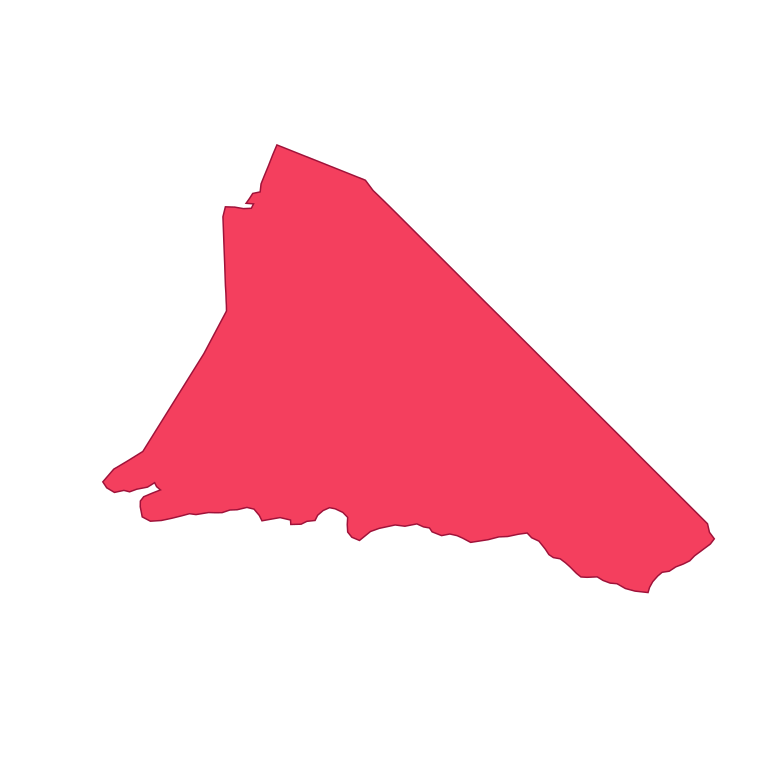 outline of Palmeirândia, Maranhão, Brazil, rotated 259°
{"feature_id": "56859067B11830676899698", "entity_name": "Palmeirândia", "entity_type": "district", "adm_level": 2, "iso_a3": "BRA", "parent_name": "Brazil", "parent_adm1": "Maranhão", "projection": "equal_earth", "projection_center": [-45.055, -2.689], "detail": "fine", "context": "isolated", "style": "filled", "palette": "rose", "viewbox_px": 768, "rotation_deg": 259, "n_neighbors": 0, "source": "geoboundaries", "source_scale": "gbopen_adm2", "svg_char_len": 1824}
<svg xmlns="http://www.w3.org/2000/svg" viewBox="0 0 768 768"><g transform="rotate(259 384 384)"><path d="M639.1,324.5L630.2,318.5L620.4,312.3L610.7,305.9L603.9,301.5L596.2,299.1L596.1,291.5L591.9,287.5L587.7,283.1L585.7,290.3L581.8,287.3L583.0,279.4L586.1,271.3L588.2,262.1L578.9,257.8L546.3,252.7L530.8,250.3L519.6,248.5L510.8,247.1L503.1,246.1L495.6,244.9L491.3,244.3L485.7,243.3L448.3,213.1L363.8,134.4L357.1,116.8L352.0,102.5L341.6,89.3L335.0,92.0L329.0,98.7L329.2,108.4L326.7,113.7L327.9,121.2L327.9,132.2L330.9,140.0L326.6,141.2L322.7,144.4L321.1,135.7L319.2,126.6L315.6,122.5L310.0,121.3L299.7,121.3L293.9,128.5L292.5,139.4L292.7,150.0L293.2,160.1L293.8,168.3L291.7,174.5L291.3,187.3L289.9,193.5L288.6,200.5L289.7,208.6L288.6,215.9L289.0,225.9L286.0,232.5L278.8,236.5L273.0,238.1L272.9,245.5L272.7,256.5L268.3,266.3L263.9,265.7L262.2,275.9L263.9,282.1L263.2,290.3L267.8,293.8L271.4,300.1L273.0,306.9L270.8,312.3L265.8,319.1L260.0,322.9L253.0,321.1L245.6,320.1L239.7,323.2L235.1,330.1L241.8,342.6L243.2,351.7L243.5,368.0L240.4,377.4L240.4,389.6L236.2,395.5L234.0,401.2L229.7,403.0L224.2,411.6L224.2,420.0L221.2,426.8L217.7,431.8L212.0,438.8L211.3,456.6L212.0,467.6L210.7,476.3L210.9,487.4L210.4,496.1L204.9,499.6L200.2,506.1L191.2,510.8L185.1,513.3L181.3,517.1L178.8,523.6L173.9,528.0L169.3,531.5L161.4,536.8L157.0,540.5L155.5,546.4L154.0,556.5L149.4,561.5L145.4,568.0L143.5,574.6L137.2,581.9L132.8,590.9L128.9,603.4L133.7,605.9L138.7,610.1L143.3,616.1L146.1,621.1L145.8,628.3L148.8,635.5L150.2,643.5L152.1,650.4L156.1,656.1L164.7,673.9L169.0,678.7L176.3,675.2L185.1,674.9L269.3,617.9L274.8,614.4L315.5,586.8L356.6,559.0L422.2,514.6L445.7,498.6L465.9,485.0L476.6,477.8L519.5,448.8L540.5,434.6L557.5,423.1L569.2,415.0L576.0,410.2L587.6,404.6L639.1,324.5Z" fill="#f43f5e" stroke="#9f1239" stroke-width="1.5"/></g></svg>